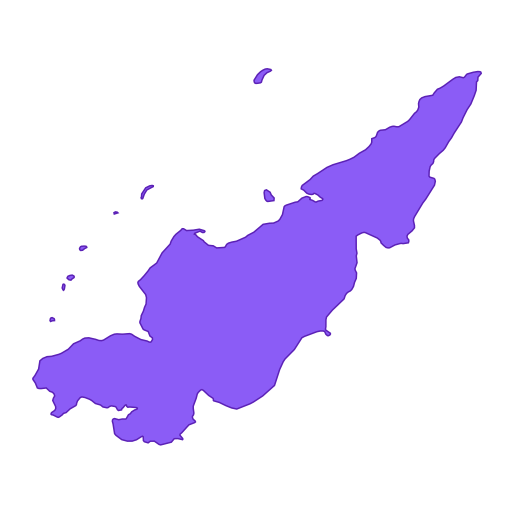 Guanaja, Islas de la Bahía, Honduras, rotated 182°
{"feature_id": "27666195B63359869130293", "entity_name": "Guanaja", "entity_type": "district", "adm_level": 2, "iso_a3": "HND", "parent_name": "Honduras", "parent_adm1": "Islas de la Bahía", "projection": "albers", "projection_center": [-85.876, 16.459], "detail": "fine", "context": "isolated", "style": "filled", "palette": "violet", "viewbox_px": 512, "rotation_deg": 182, "n_neighbors": 0, "source": "geoboundaries", "source_scale": "gbopen_adm2", "svg_char_len": 6047}
<svg xmlns="http://www.w3.org/2000/svg" viewBox="0 0 512 512"><g transform="rotate(182 256 256)"><path d="M371.9,97.9L374.8,95.9L376.1,94.0L377.9,92.9L379.9,89.1L380.5,88.5L384.0,88.4L387.5,87.6L391.7,88.6L393.0,88.1L393.7,87.1L393.8,85.8L393.0,83.3L391.1,73.5L389.7,71.9L383.8,67.8L378.1,66.5L373.2,66.7L369.0,68.2L364.2,71.5L363.0,71.9L362.4,71.3L362.1,67.6L361.1,66.5L357.3,65.5L355.2,67.2L351.1,67.4L346.3,64.3L344.7,63.9L334.1,67.0L331.3,70.6L327.6,70.8L323.0,69.9L322.7,70.5L323.1,71.3L325.8,74.3L325.6,75.4L324.1,76.7L317.2,84.9L311.4,87.4L310.7,88.1L311.1,89.0L313.2,90.8L313.9,92.4L313.9,93.6L312.9,95.1L312.6,96.8L313.4,101.6L313.5,103.7L310.8,111.8L309.9,116.0L309.0,117.6L306.8,120.0L305.4,120.6L304.0,119.9L298.4,115.0L294.0,112.3L293.6,111.5L293.6,110.3L293.2,109.8L287.6,108.4L280.8,105.4L275.0,103.3L269.9,102.4L256.8,108.1L253.5,110.0L244.4,116.4L233.0,127.3L228.4,143.4L225.1,151.3L223.4,154.1L214.4,163.9L207.3,175.9L204.7,177.4L192.4,182.5L189.1,183.3L186.4,183.4L184.8,183.0L183.4,180.2L181.8,178.9L180.7,178.9L179.3,179.8L178.9,180.6L179.0,181.4L183.5,184.3L184.0,185.2L183.7,187.9L183.9,194.7L183.4,197.5L177.8,204.6L166.5,216.2L165.5,219.6L164.2,221.8L162.5,223.3L160.5,224.4L159.1,225.9L157.5,229.0L156.6,233.1L155.0,237.1L154.9,242.6L156.3,245.2L156.7,246.7L154.8,252.8L155.8,259.6L155.2,262.3L156.1,266.6L156.6,279.3L155.0,280.6L151.0,282.8L148.9,283.4L147.5,283.2L135.4,278.2L132.6,276.1L131.8,274.9L131.5,273.5L128.9,271.1L126.3,269.1L124.3,268.7L122.7,268.9L117.5,271.9L112.8,273.4L111.4,273.7L109.4,273.5L104.2,274.5L103.8,275.9L103.9,277.4L105.4,279.2L105.8,281.2L105.0,282.9L100.9,286.6L98.6,289.7L98.7,292.0L99.9,296.7L99.8,298.6L98.9,300.9L91.1,314.9L88.4,318.7L80.1,333.0L79.4,336.9L80.0,339.0L80.9,339.8L85.1,340.9L85.9,341.9L85.9,346.9L85.1,351.3L84.3,352.8L82.4,354.7L81.8,356.4L81.7,358.4L80.9,359.8L76.4,364.7L72.5,368.3L70.7,370.7L67.4,377.0L64.7,381.0L62.4,385.5L55.4,397.1L53.9,401.4L50.1,409.7L46.6,415.4L43.5,423.7L41.8,429.3L41.7,437.7L40.5,439.0L40.4,442.5L37.3,446.3L37.7,447.6L38.5,448.0L40.7,448.1L45.3,447.2L50.9,445.4L51.8,444.9L53.9,442.0L55.0,441.4L59.0,442.2L62.6,441.4L65.6,439.4L74.4,432.4L77.8,430.2L80.5,429.0L83.5,425.3L85.0,422.8L92.7,421.2L95.9,419.8L97.7,418.1L98.5,416.0L98.9,413.9L98.5,410.5L99.4,407.6L100.7,405.7L102.5,404.2L107.4,397.5L109.1,395.8L117.7,390.2L119.6,390.0L122.7,390.5L124.4,390.3L126.8,389.4L131.1,386.7L136.0,386.0L137.2,385.5L138.8,383.9L139.9,380.3L140.6,379.1L141.6,378.4L144.4,377.3L144.3,373.7L144.9,372.0L146.9,369.3L150.2,366.0L156.3,362.3L161.5,358.1L165.6,355.9L169.0,354.4L182.2,349.9L188.2,347.0L197.2,340.6L201.6,337.8L204.6,334.3L212.3,328.1L213.0,326.5L213.2,324.7L210.6,323.5L207.5,320.6L205.3,319.7L202.6,319.4L201.2,319.7L200.3,320.6L199.4,320.6L196.4,319.2L193.7,316.9L191.4,315.7L191.2,314.8L191.9,313.9L195.9,313.0L197.8,312.0L198.7,312.1L201.3,313.5L204.2,314.4L204.3,314.7L203.8,315.8L204.3,316.3L206.4,317.1L208.0,317.2L212.2,315.4L216.1,311.6L218.8,311.1L227.5,307.9L229.0,307.0L229.6,306.2L231.0,298.3L233.5,293.4L235.1,291.7L239.6,289.5L243.7,289.2L250.0,287.9L259.0,279.7L265.0,276.3L267.1,274.4L276.0,270.1L280.8,269.0L284.0,267.9L285.7,266.6L286.8,264.5L287.6,263.5L295.6,262.7L299.1,264.7L303.9,265.0L308.4,268.4L309.1,269.5L315.2,273.2L317.1,275.3L318.4,275.7L318.1,276.5L312.9,278.9L310.3,277.6L308.8,277.7L307.9,278.6L308.0,279.1L308.5,279.5L313.6,280.8L319.6,279.6L326.3,279.0L329.3,280.7L330.7,280.7L332.2,278.9L336.8,274.9L338.7,272.6L341.3,267.9L342.2,264.9L349.9,255.9L355.0,245.5L361.4,240.4L363.4,237.2L367.0,232.5L370.6,228.3L372.6,226.6L373.1,225.6L372.9,224.1L371.5,221.5L364.9,213.6L364.0,210.5L364.2,204.1L365.6,200.8L366.6,197.0L368.6,192.4L368.8,189.5L369.7,186.6L369.7,185.2L366.3,179.0L365.3,178.3L361.1,176.8L359.2,172.3L356.7,170.6L356.5,168.9L357.8,166.6L358.5,166.2L359.5,166.2L361.8,167.2L368.2,168.5L374.5,171.5L377.6,173.5L379.6,174.0L386.7,173.2L392.2,173.3L394.9,172.9L398.6,171.2L405.5,166.6L407.5,166.0L410.1,166.1L413.4,167.1L420.2,168.4L424.2,168.0L426.4,166.9L428.7,165.1L435.3,161.9L440.3,156.3L447.2,151.9L449.7,150.8L456.8,148.6L461.3,148.1L465.5,146.2L468.3,143.7L469.3,135.5L472.7,128.9L474.7,126.0L474.6,124.8L472.1,121.4L469.9,116.5L468.3,116.0L466.2,116.0L461.0,116.8L457.4,113.6L454.6,112.7L453.0,111.1L452.3,109.1L453.5,106.9L454.1,104.5L451.0,98.6L450.8,96.6L451.7,94.7L454.9,92.3L455.4,90.9L454.9,90.3L453.2,90.0L448.8,88.0L447.7,87.9L446.8,88.4L444.1,90.5L442.9,92.0L440.3,92.9L436.4,96.8L430.9,100.2L430.3,101.1L430.1,102.7L429.3,105.0L426.7,108.4L425.1,109.1L421.9,108.6L417.3,107.0L415.1,105.8L411.4,103.0L406.2,101.7L403.7,99.8L399.6,99.1L398.5,99.4L397.0,100.6L395.3,101.2L391.3,100.6L390.5,100.0L389.1,97.6L388.1,96.8L385.0,97.5L384.6,98.9L383.5,99.8L381.8,102.1L380.8,102.7L380.3,102.5L380.0,101.3L378.9,100.4L376.9,100.7L370.5,100.4L369.3,99.9L369.3,99.2L369.8,98.7L371.9,97.9ZM251.3,443.5L253.4,443.1L255.7,441.9L257.8,440.4L260.8,437.3L264.1,431.6L263.9,430.1L263.4,429.0L262.3,428.5L260.9,428.6L257.7,429.2L256.7,429.9L256.1,432.3L254.2,436.8L251.4,439.6L248.1,441.2L247.1,442.1L247.7,442.9L251.3,443.5ZM247.9,322.5L249.7,321.7L250.1,319.6L249.2,313.9L248.3,312.4L247.3,311.3L246.2,310.9L240.0,312.0L239.9,314.6L242.9,317.6L244.1,320.2L247.9,322.5ZM362.3,322.9L364.7,322.4L368.6,320.3L372.4,314.1L372.5,311.2L372.9,310.2L372.5,309.3L371.8,309.1L371.2,309.5L369.8,313.9L367.4,318.2L361.1,321.8L361.1,322.6L362.3,322.9ZM439.0,230.5L441.2,230.1L443.2,229.2L444.0,227.8L444.0,227.2L442.1,225.7L440.1,225.4L439.0,226.7L437.2,228.0L436.9,228.7L437.3,229.7L439.0,230.5ZM428.1,259.9L430.8,259.6L431.7,259.1L432.6,257.5L432.4,256.2L431.4,255.4L429.5,255.7L427.4,257.5L425.4,258.6L425.5,259.1L426.2,259.8L428.1,259.9ZM457.6,187.3L458.7,187.0L459.3,186.2L459.6,184.2L459.0,183.4L457.5,184.1L455.1,184.4L455.2,185.6L455.6,186.4L457.6,187.3ZM447.3,221.2L447.9,220.9L448.6,217.3L447.7,215.4L447.1,215.0L446.4,216.2L445.9,219.8L446.4,220.9L447.3,221.2ZM398.1,295.2L399.5,294.3L399.1,293.0L395.5,294.3L396.3,295.0L398.1,295.2Z" fill="#8b5cf6" stroke="#5b21b6" stroke-width="1.5"/></g></svg>